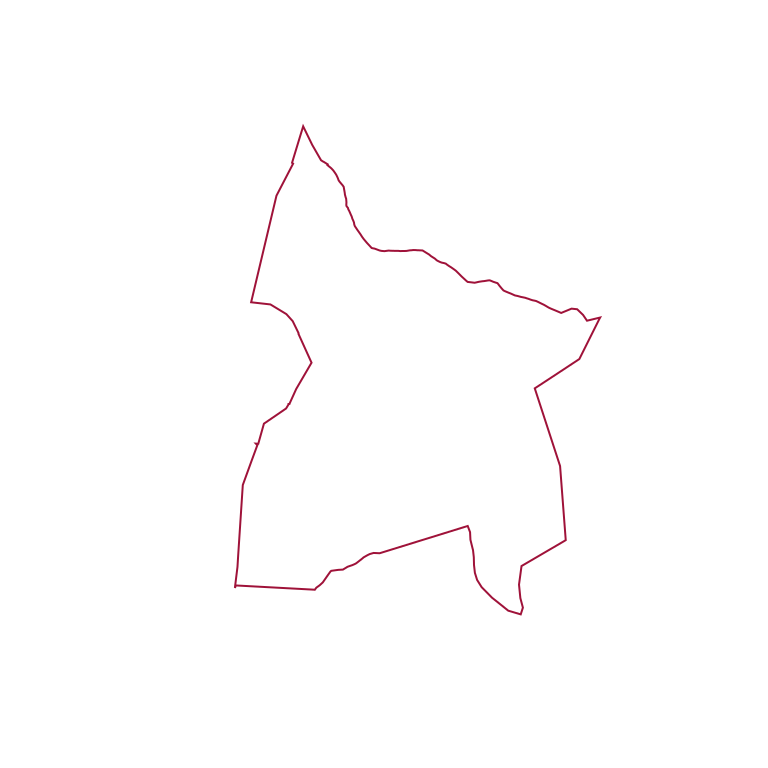 outline of Carellie, Castries, Saint Lucia, rotated 154°
{"feature_id": "8701671B42772891330913", "entity_name": "Carellie", "entity_type": "district", "adm_level": 2, "iso_a3": "LCA", "parent_name": "Saint Lucia", "parent_adm1": "Castries", "projection": "albers", "projection_center": [-60.969, 14.018], "detail": "fine", "context": "isolated", "style": "outline", "palette": "rose", "viewbox_px": 768, "rotation_deg": 154, "n_neighbors": 0, "source": "geoboundaries", "source_scale": "gbopen_adm2", "svg_char_len": 2914}
<svg xmlns="http://www.w3.org/2000/svg" viewBox="0 0 768 768"><g transform="rotate(154 384 384)"><path d="M362.1,117.0L357.2,122.1L355.3,131.8L350.6,144.5L340.2,160.1L291.2,163.8L289.1,164.0L261.7,233.1L250.4,314.0L235.3,315.9L197.5,320.8L161.6,348.3L160.6,349.0L173.8,351.9L174.8,358.8L177.6,366.5L182.4,369.5L193.6,370.2L196.2,373.2L198.3,375.6L200.0,377.5L201.3,379.0L202.5,380.5L204.4,383.4L205.7,385.3L206.6,386.4L208.3,388.6L209.2,389.8L210.9,391.9L212.5,393.2L213.6,394.0L215.4,395.7L216.7,397.1L218.0,398.3L219.3,399.6L221.1,401.0L222.7,402.2L225.4,404.6L227.5,406.2L228.9,407.9L230.3,409.6L231.6,411.0L233.2,412.8L234.5,414.3L235.6,415.7L236.3,418.1L237.1,421.4L237.5,423.5L237.8,424.9L239.6,426.6L241.1,428.1L242.2,429.4L243.5,430.8L244.9,431.4L248.6,432.5L250.8,433.3L253.7,434.2L254.9,434.5L256.7,434.9L258.2,435.3L260.5,436.8L263.0,438.4L264.1,439.1L264.8,440.7L267.1,446.6L268.9,451.9L269.8,454.4L270.9,456.5L272.5,459.4L273.9,461.6L275.1,463.8L275.7,465.1L277.1,466.4L278.8,467.7L280.0,468.9L281.5,470.8L282.4,472.1L283.3,474.4L285.7,478.3L286.7,480.6L288.8,483.9L290.8,487.1L293.5,488.6L295.4,489.6L296.9,490.5L299.0,491.6L300.5,492.1L302.2,492.8L305.3,493.7L307.2,494.5L308.8,495.3L309.9,495.8L311.2,496.4L312.8,497.4L314.9,498.4L317.4,499.7L319.5,500.8L321.4,501.9L323.5,502.6L325.1,503.1L326.2,503.7L328.0,504.8L329.4,505.9L330.9,507.5L333.1,509.8L334.7,511.0L335.5,511.7L337.5,518.4L338.7,523.2L339.2,526.0L339.5,528.8L340.4,534.3L341.0,538.7L340.8,540.4L340.2,542.3L340.0,544.6L340.0,546.4L339.6,548.8L339.6,550.5L339.5,552.2L339.4,554.7L339.5,556.7L339.2,558.0L339.5,559.3L339.7,560.6L339.2,561.8L338.1,563.8L336.8,567.1L336.6,568.8L336.4,569.7L336.1,571.3L335.5,573.0L335.0,574.7L334.3,577.2L333.8,578.9L334.1,580.8L334.5,582.3L335.2,585.1L335.5,586.9L335.3,588.7L335.2,590.1L335.2,593.0L335.4,594.7L335.7,596.6L336.0,598.3L336.8,600.9L337.4,602.3L338.3,604.2L338.9,605.7L338.3,606.1L340.8,610.1L341.3,610.7L342.5,612.7L343.7,630.4L343.7,651.0L349.8,644.5L369.7,623.1L369.3,622.3L369.1,621.9L398.1,600.4L467.6,515.7L451.2,505.3L441.1,489.6L438.5,480.5L438.5,467.1L438.9,466.6L439.8,434.9L440.7,434.3L465.1,418.0L477.2,408.0L477.7,407.5L478.6,407.9L478.9,407.4L481.5,405.7L482.8,404.9L484.2,404.7L509.3,401.0L523.2,385.4L525.3,386.6L524.8,384.9L524.7,384.5L536.7,373.0L552.0,358.2L555.2,355.1L589.9,294.4L595.9,283.8L607.4,266.1L607.0,266.4L605.5,267.9L537.2,229.9L536.4,229.4L534.1,230.6L530.1,231.3L526.0,232.5L518.1,236.9L514.4,238.9L513.3,239.2L506.6,237.0L506.1,236.8L502.3,235.2L498.8,235.5L496.9,235.7L494.2,235.4L492.0,235.1L489.7,235.0L488.0,235.0L486.3,235.3L479.8,236.7L479.4,236.8L478.5,237.1L473.9,237.4L473.5,237.4L471.3,237.4L467.4,236.7L462.1,233.8L371.0,219.7L371.6,213.1L374.6,206.1L376.5,197.3L376.8,195.7L379.2,189.0L381.6,183.7L382.4,182.0L385.1,174.4L386.2,167.1L385.3,158.6L380.6,144.6L371.7,125.8L362.1,117.0Z" fill="none" stroke="#9f1239" stroke-width="2"/></g></svg>